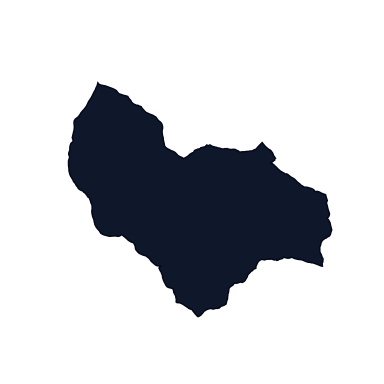 the district of Azuga, Prahova, Romania, rotated 46°
{"feature_id": "2599482B34904823989657", "entity_name": "Azuga", "entity_type": "district", "adm_level": 2, "iso_a3": "ROU", "parent_name": "Romania", "parent_adm1": "Prahova", "projection": "equal_earth", "projection_center": [25.628, 45.455], "detail": "fine", "context": "isolated", "style": "filled", "palette": "ink", "viewbox_px": 384, "rotation_deg": 46, "n_neighbors": 0, "source": "geoboundaries", "source_scale": "gbopen_adm2", "svg_char_len": 6077}
<svg xmlns="http://www.w3.org/2000/svg" viewBox="0 0 384 384"><g transform="rotate(46 192 192)"><path d="M335.9,149.7L333.8,148.1L333.5,147.5L333.2,146.6L332.4,145.6L331.1,144.2L329.0,143.6L326.5,142.4L325.7,142.4L324.9,141.9L324.1,141.8L323.7,141.5L320.2,138.2L320.0,137.4L318.8,135.3L318.2,134.6L317.9,133.5L317.4,132.9L317.5,132.0L317.4,131.2L317.8,128.2L318.3,127.5L318.4,125.5L319.0,124.5L319.0,123.8L318.8,122.4L318.6,121.9L317.3,119.8L316.4,117.9L311.0,114.8L310.1,114.1L307.0,113.2L304.7,112.9L304.7,111.1L304.3,109.8L303.0,108.1L298.8,106.1L294.6,103.6L293.2,103.0L292.1,100.6L290.2,99.7L287.5,98.3L286.8,97.8L282.8,99.7L280.5,100.4L279.0,101.2L277.0,103.2L274.8,102.9L272.8,103.5L269.6,105.3L268.6,105.9L266.6,107.8L262.6,108.9L260.7,108.9L258.5,109.3L254.1,109.3L252.0,109.8L250.1,110.4L248.1,110.7L246.1,110.9L244.8,111.3L244.1,112.3L238.2,113.9L235.7,114.1L229.1,114.3L227.8,114.5L225.7,115.4L226.1,113.9L226.3,111.2L226.5,110.6L226.4,110.2L225.6,109.3L225.5,109.0L225.5,108.8L225.6,108.6L224.4,108.3L222.6,108.1L219.9,106.9L217.3,106.6L216.2,106.6L214.8,107.1L213.1,107.4L210.2,107.6L209.6,107.6L205.2,107.2L205.3,111.7L205.4,112.5L205.4,114.1L205.5,114.6L205.7,115.1L205.6,116.3L205.0,117.6L204.6,118.8L204.4,120.0L203.6,121.1L203.0,121.5L202.9,121.9L202.5,122.3L201.8,123.5L201.3,123.9L200.3,125.1L199.8,126.1L198.8,127.0L197.9,128.2L197.4,128.6L196.6,130.0L196.0,130.1L194.8,130.1L193.5,130.7L191.1,131.5L190.4,132.3L190.0,132.6L188.3,134.7L185.6,136.5L185.1,136.6L184.5,137.6L183.3,138.6L183.0,139.5L182.0,140.4L180.8,141.1L179.5,141.7L178.8,142.4L177.8,143.0L176.7,143.5L175.3,144.5L173.0,145.8L170.8,146.3L170.6,146.4L170.4,147.4L170.1,147.8L169.1,148.5L168.5,148.7L168.5,149.1L168.5,150.1L168.7,151.1L168.5,151.4L168.0,151.9L167.8,152.6L167.1,153.5L166.7,154.3L166.5,154.6L166.3,154.9L166.5,155.5L166.5,155.9L165.0,158.5L164.7,159.6L164.2,160.5L164.0,161.1L164.0,161.6L164.6,163.1L164.6,163.4L164.4,164.0L164.0,164.8L163.7,166.0L163.4,167.5L163.5,169.6L163.2,170.7L163.1,171.6L162.7,172.9L162.5,174.2L162.1,174.4L162.2,174.9L161.5,175.2L160.3,175.2L158.3,176.1L156.1,176.8L154.4,176.7L152.0,176.7L150.0,177.2L148.0,178.2L145.7,178.9L143.8,179.6L141.8,180.0L139.7,179.7L137.8,178.4L134.5,176.4L133.2,175.2L131.1,174.1L129.4,172.9L127.5,171.4L125.5,168.6L123.4,167.0L121.2,166.2L119.1,166.2L117.3,166.6L113.0,166.0L109.3,167.0L106.7,168.3L102.7,169.8L101.3,169.9L96.7,169.7L95.3,169.3L93.5,170.3L92.7,170.4L91.7,171.0L91.0,171.7L89.6,172.3L88.1,172.8L86.6,173.1L85.2,173.0L83.8,172.5L82.2,172.4L81.0,172.4L79.6,172.1L78.6,171.8L77.4,172.6L76.6,172.9L75.4,173.8L70.6,176.3L68.9,176.3L66.5,176.0L64.2,176.6L61.8,177.6L55.8,180.5L51.9,183.2L50.0,184.1L48.1,183.9L49.6,186.3L50.0,187.2L50.6,189.2L51.2,190.1L51.5,190.9L51.7,191.9L53.8,197.8L54.5,200.2L55.1,203.4L56.5,207.0L57.0,208.5L57.4,210.9L57.9,216.7L58.5,218.9L58.9,221.1L58.9,222.5L58.5,225.0L58.7,226.1L59.1,227.4L59.6,228.1L60.4,228.9L63.8,231.7L65.3,233.5L69.8,240.4L70.7,240.9L72.0,241.4L72.9,242.4L73.1,242.8L73.0,244.4L72.9,244.9L73.1,245.6L73.6,246.7L74.9,248.7L76.6,250.3L77.1,250.9L78.0,252.9L78.7,253.9L79.3,254.5L81.9,255.8L82.5,256.6L83.1,258.0L84.0,259.4L87.4,262.6L89.5,264.1L91.0,265.5L91.9,266.1L94.5,267.6L96.5,268.3L97.4,268.4L98.2,268.7L100.6,269.2L101.8,269.8L102.4,269.9L104.6,270.0L107.4,270.8L108.6,270.7L110.2,271.2L111.4,271.2L112.6,271.0L114.9,270.0L115.7,269.9L116.9,270.0L118.2,269.6L118.6,269.6L119.7,269.8L121.5,269.8L122.7,270.3L123.3,270.3L124.3,270.0L125.0,270.0L127.5,271.0L129.6,272.2L131.5,272.8L132.9,273.7L133.2,274.1L134.7,275.4L136.1,277.3L138.1,278.9L140.5,280.4L144.0,281.9L145.8,283.2L147.1,283.8L147.7,284.3L149.7,285.0L151.0,285.3L152.4,285.5L155.5,285.6L158.2,286.2L159.1,286.0L161.3,285.3L165.1,283.0L166.0,282.5L166.4,282.2L170.4,277.5L172.3,276.2L173.3,274.8L173.8,272.4L174.5,272.0L179.8,271.4L182.7,271.3L184.7,270.8L186.5,270.1L187.4,269.5L188.2,269.4L189.5,269.7L191.6,270.5L193.7,272.1L195.1,272.5L196.0,272.5L197.0,272.7L199.3,272.6L203.0,271.2L205.7,269.6L209.1,269.0L211.0,269.0L213.2,269.4L214.2,269.4L218.6,269.0L220.0,268.7L221.4,267.9L222.1,267.1L222.5,266.7L223.6,266.1L223.5,266.8L223.6,268.0L223.7,268.3L224.0,268.7L225.4,269.1L226.7,269.6L228.2,269.8L229.7,270.6L231.2,271.0L232.5,272.1L233.9,272.9L235.7,273.8L236.7,274.2L240.9,275.5L242.8,275.7L243.6,275.5L244.3,275.2L246.0,274.2L246.6,273.7L247.9,273.2L248.2,273.1L249.2,273.2L249.9,273.6L251.3,274.7L253.0,275.3L253.9,275.4L256.1,276.3L256.6,276.8L258.7,278.1L259.2,278.8L260.0,279.7L260.7,279.8L261.8,279.1L262.6,278.2L263.1,277.8L264.8,277.1L266.1,276.6L268.3,276.1L272.7,275.2L273.4,275.2L276.8,273.6L277.8,273.9L281.7,274.3L285.1,274.4L285.7,274.3L286.0,273.9L286.3,273.0L286.7,270.6L286.5,269.4L286.4,267.9L286.3,267.5L286.2,266.1L286.7,263.5L287.3,261.9L288.0,260.7L288.1,260.1L289.5,258.9L290.5,258.4L291.1,257.8L291.7,256.8L291.7,256.4L292.0,256.0L293.4,254.4L294.3,253.1L294.4,252.0L294.2,251.0L294.3,250.6L295.7,247.7L296.2,245.3L294.7,243.1L293.3,240.3L292.3,239.6L291.6,238.4L290.3,237.2L290.1,236.4L289.2,235.1L288.2,233.8L287.5,233.1L287.0,232.1L286.8,231.6L286.8,230.7L287.0,229.0L287.4,227.3L287.2,226.3L286.9,225.5L286.9,225.2L287.2,224.7L288.2,223.7L289.3,222.2L290.1,220.2L290.7,219.5L291.9,218.7L292.3,217.6L292.5,216.5L292.5,215.3L291.7,212.7L291.5,211.4L290.5,209.8L290.2,209.6L290.2,209.4L290.4,209.1L290.1,208.2L290.3,207.6L290.1,204.5L290.5,203.4L290.4,202.2L290.4,201.0L291.2,199.1L290.2,198.1L289.6,197.0L288.3,193.7L288.3,193.3L287.9,192.3L288.0,191.8L288.3,191.1L288.3,189.9L288.8,188.8L289.0,188.5L291.0,187.1L291.4,186.8L291.7,185.9L292.1,185.2L293.1,183.9L294.3,182.9L294.8,182.0L296.0,181.0L297.4,180.4L298.4,179.6L298.7,179.0L299.2,178.7L300.0,178.6L300.3,178.2L300.8,177.5L300.7,177.1L300.8,176.7L301.2,175.7L302.6,173.3L302.6,172.1L303.0,171.1L303.6,170.7L305.5,169.6L306.5,168.6L307.2,167.8L308.2,165.6L308.8,165.2L310.5,164.7L311.8,164.0L314.1,162.5L317.1,160.0L321.6,158.1L323.0,157.3L324.8,155.9L325.0,155.6L325.8,155.3L326.7,154.4L328.5,153.4L333.2,151.2L334.4,150.8L335.9,149.7Z" fill="#0f172a" stroke="#020617" stroke-width="1.5"/></g></svg>